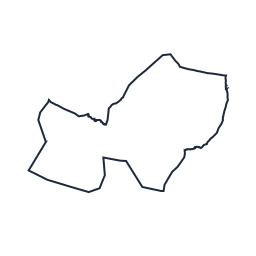 Augie, Kebbi, Nigeria, rotated 262°
{"feature_id": "59680162B78681214723365", "entity_name": "Augie", "entity_type": "district", "adm_level": 2, "iso_a3": "NGA", "parent_name": "Nigeria", "parent_adm1": "Kebbi", "projection": "equal_earth", "projection_center": [4.617, 12.907], "detail": "fine", "context": "isolated", "style": "outline", "palette": "slate", "viewbox_px": 256, "rotation_deg": 262, "n_neighbors": 0, "source": "geoboundaries", "source_scale": "gbopen_adm2", "svg_char_len": 4478}
<svg xmlns="http://www.w3.org/2000/svg" viewBox="0 0 256 256"><g transform="rotate(262 128 128)"><path d="M173.9,207.4L174.8,204.5L176.5,200.4L177.7,196.4L179.3,192.6L181.4,187.9L182.8,187.4L183.5,187.3L184.5,186.8L185.2,186.3L188.3,184.0L190.9,182.6L195.1,180.3L195.3,172.5L183.3,154.5L182.9,154.0L177.2,144.5L170.1,134.9L159.6,127.6L159.2,127.6L159.0,127.4L158.8,127.0L158.6,126.5L158.3,125.9L157.8,125.5L157.6,125.2L157.2,125.1L156.6,124.2L156.1,123.4L155.3,122.2L154.8,120.9L154.1,120.0L154.0,119.5L154.0,119.1L154.1,118.6L154.0,117.8L153.8,116.8L153.5,115.9L153.0,115.2L152.6,114.5L151.4,113.5L151.0,113.0L150.7,112.5L150.3,112.0L150.1,111.8L149.9,111.7L138.9,108.9L134.4,106.7L134.5,106.0L134.9,106.1L135.1,105.9L135.2,105.7L135.3,105.1L135.1,104.6L135.3,104.4L135.5,104.3L135.7,103.9L136.0,103.8L136.3,103.7L136.8,103.7L137.0,103.4L137.3,102.9L137.6,102.5L137.9,102.8L138.5,102.5L138.8,101.9L139.2,101.9L139.6,101.6L139.7,101.4L139.9,101.1L140.0,100.2L140.1,99.1L140.1,98.4L140.3,97.9L139.8,97.8L139.5,97.7L139.3,97.2L139.4,96.7L139.4,96.3L139.9,96.0L140.4,95.7L141.0,95.5L141.2,96.0L141.5,96.0L141.8,96.0L141.8,95.0L142.0,94.0L142.6,93.2L143.2,93.0L143.6,92.9L143.8,92.5L144.1,92.4L144.3,91.9L144.6,91.4L144.8,91.0L144.8,90.9L144.8,90.6L144.8,90.4L145.0,90.3L145.2,90.5L145.7,90.4L145.9,90.4L146.2,90.3L146.5,90.2L146.6,90.6L146.6,90.9L146.9,90.9L147.5,90.5L147.0,88.6L146.5,86.5L146.4,81.2L146.4,80.9L149.8,77.4L155.8,67.4L160.6,60.9L161.1,59.7L162.8,57.5L164.2,55.3L166.2,54.0L166.8,53.6L164.8,52.7L161.3,49.0L155.6,43.2L148.4,40.3L125.7,44.7L125.7,44.8L99.8,23.7L87.9,41.0L77.8,62.9L70.0,80.2L72.3,91.5L84.5,98.5L102.2,99.5L96.7,115.9L95.6,121.5L67.6,134.0L60.9,152.4L60.7,154.5L66.7,156.3L70.9,159.6L78.4,165.6L82.6,171.6L85.8,174.7L91.0,179.5L93.2,180.3L94.9,180.8L98.0,181.0L97.9,181.3L97.9,181.5L98.0,181.7L98.1,181.8L98.2,182.0L98.4,182.1L98.5,182.1L98.5,182.3L98.4,182.3L98.4,182.5L98.4,182.8L98.4,183.0L98.5,183.3L98.4,183.4L98.4,183.5L98.5,183.7L98.8,183.7L98.8,183.9L98.8,184.0L98.7,184.1L98.6,184.3L98.6,184.5L98.6,184.8L98.5,185.0L98.5,185.3L98.5,185.6L98.4,185.7L98.4,185.9L98.4,186.0L98.3,186.3L98.3,186.5L98.2,186.8L98.1,187.0L98.2,187.3L98.3,187.5L98.3,187.8L98.3,188.0L98.2,188.1L98.1,188.3L98.2,188.6L98.2,188.9L98.2,189.0L98.2,189.3L98.2,189.5L98.2,189.8L98.3,189.9L98.3,190.0L98.3,190.3L98.5,190.4L98.7,190.5L98.6,190.8L98.7,191.0L98.8,191.2L98.8,191.3L98.8,191.5L98.7,191.5L98.8,191.8L98.9,192.0L99.0,192.1L99.3,192.0L99.3,191.9L99.4,191.7L99.5,191.7L99.6,191.9L99.7,192.0L99.9,192.0L99.8,192.4L99.8,192.6L99.8,192.8L99.7,193.0L99.8,193.2L99.8,193.4L99.8,193.5L99.7,193.6L99.7,193.8L99.6,194.0L99.6,194.3L99.6,194.5L99.6,194.8L99.5,195.1L99.4,195.2L99.3,195.4L99.3,195.5L99.1,195.5L98.9,195.6L98.7,195.8L98.7,196.0L98.7,196.5L98.6,196.8L98.5,197.0L98.4,197.2L98.3,197.3L98.1,197.4L98.4,198.4L100.6,200.6L100.9,202.2L101.1,203.2L101.2,203.9L101.7,204.1L102.1,204.3L102.5,204.5L102.9,204.7L103.2,205.1L103.6,205.6L104.0,206.2L104.4,206.7L104.8,207.2L105.3,207.7L105.8,208.1L106.0,208.4L106.2,208.7L106.4,209.0L106.5,209.4L106.8,209.9L107.2,210.6L108.1,211.7L108.8,212.7L109.4,213.4L109.9,214.1L110.2,214.5L110.5,215.0L110.9,215.4L111.5,215.6L112.0,216.0L112.9,216.5L114.2,217.1L115.1,217.6L116.2,218.5L117.0,219.2L117.6,219.8L118.3,220.5L118.9,220.9L119.4,221.2L119.7,221.5L120.2,221.8L120.9,222.2L121.5,222.5L121.8,222.7L122.2,222.9L122.5,223.1L122.9,223.2L123.3,223.1L123.7,223.2L124.1,223.2L124.5,223.2L124.7,223.3L125.1,223.4L125.4,223.5L125.8,223.6L126.1,223.8L126.4,223.9L126.8,224.1L127.1,224.2L127.4,224.4L127.9,224.5L128.2,224.6L128.5,224.7L129.0,224.8L129.3,225.0L129.5,225.1L130.0,225.3L130.6,225.5L132.2,226.2L133.2,226.7L135.2,227.7L136.1,228.0L136.4,228.1L136.7,228.1L137.3,228.4L139.9,229.7L140.6,230.1L141.3,230.6L141.6,230.7L141.8,230.8L142.2,230.8L143.0,230.8L143.5,230.8L144.2,230.8L144.8,230.8L145.2,230.9L146.0,231.1L146.6,231.2L147.0,231.2L147.4,231.3L147.7,231.3L148.0,231.4L148.5,231.4L148.8,231.3L149.3,231.3L149.7,231.3L150.1,231.2L150.5,231.1L150.8,231.1L151.1,231.0L151.4,231.0L151.7,231.0L152.1,231.1L152.4,231.2L152.8,231.3L153.1,231.4L153.2,231.5L153.1,230.4L153.8,230.5L154.2,230.5L156.3,230.7L156.4,231.4L156.9,231.2L157.5,231.0L158.3,231.0L159.1,231.0L159.7,231.1L160.3,231.3L160.8,231.4L161.6,231.5L162.2,231.5L163.1,231.5L163.6,231.5L164.4,231.6L164.9,231.8L165.3,231.9L166.0,232.1L166.3,232.3L166.8,230.0L168.0,226.3L170.0,219.6L171.3,214.3L173.9,207.4Z" fill="none" stroke="#1e293b" stroke-width="2"/></g></svg>